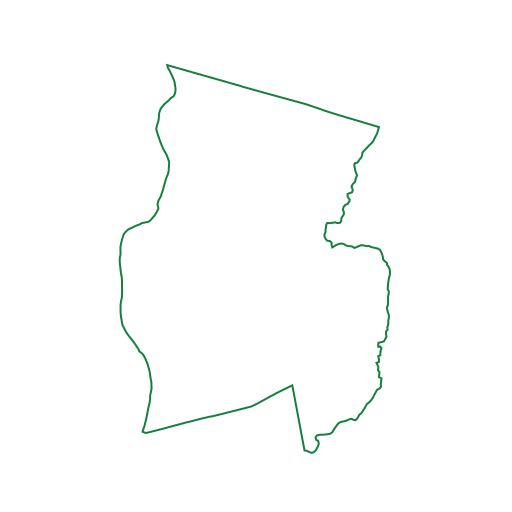 Serra do Ramalho, Bahia, Brazil, rotated 170°
{"feature_id": "56859067B22034188427708", "entity_name": "Serra do Ramalho", "entity_type": "district", "adm_level": 2, "iso_a3": "BRA", "parent_name": "Brazil", "parent_adm1": "Bahia", "projection": "robinson", "projection_center": [-43.699, -13.494], "detail": "fine", "context": "isolated", "style": "outline", "palette": "green", "viewbox_px": 512, "rotation_deg": 170, "n_neighbors": 0, "source": "geoboundaries", "source_scale": "gbopen_adm2", "svg_char_len": 4296}
<svg xmlns="http://www.w3.org/2000/svg" viewBox="0 0 512 512"><g transform="rotate(170 256 256)"><path d="M242.0,56.1L240.1,55.5L237.8,53.9L235.8,52.6L233.6,52.6L231.1,53.9L229.3,56.2L227.7,58.3L226.7,60.5L226.9,63.2L228.7,64.5L228.8,67.1L227.0,68.7L224.4,68.9L222.1,68.6L220.3,68.3L217.4,68.1L215.0,68.0L213.3,68.2L211.6,69.1L209.7,71.3L208.0,73.1L206.7,74.3L204.7,76.3L202.4,77.6L200.3,77.9L198.6,77.9L196.1,78.1L192.6,78.9L190.5,79.2L188.6,77.8L186.7,77.0L184.6,78.3L183.3,79.8L181.9,81.6L179.7,82.8L177.7,84.8L175.7,87.0L174.3,88.7L172.7,90.8L170.8,91.8L169.2,92.7L167.0,94.6L164.9,96.9L163.3,99.1L162.0,100.7L160.1,103.1L157.0,104.2L155.6,105.6L155.4,108.0L154.6,110.5L153.7,113.6L156.0,115.5L155.0,118.4L154.6,120.3L155.7,122.6L154.8,125.0L155.2,127.4L155.9,129.9L153.4,130.2L152.8,133.0L153.1,136.0L150.8,136.7L150.5,138.5L149.6,141.4L148.4,143.5L149.4,145.3L151.3,145.3L151.1,147.3L150.5,149.3L147.5,149.4L144.9,149.7L143.2,151.8L141.5,153.7L141.6,156.5L140.9,159.2L139.3,160.4L139.1,162.9L137.8,165.2L137.3,167.3L136.9,169.4L135.9,172.1L135.4,174.9L135.9,177.9L136.1,180.5L136.1,182.5L134.8,184.3L134.2,186.1L133.9,188.3L133.4,190.2L133.2,192.7L132.0,195.5L131.3,198.0L132.1,200.4L131.5,202.7L130.7,205.8L129.6,209.3L128.7,211.6L127.3,214.5L126.8,217.5L126.7,219.7L127.2,222.3L128.4,224.4L128.3,226.4L130.2,228.6L131.4,230.6L131.2,233.1L131.5,235.7L132.1,238.2L132.8,240.6L135.0,242.3L138.6,243.8L141.2,244.9L142.7,246.2L145.0,246.4L147.8,247.5L150.2,248.4L153.1,247.9L155.7,247.2L157.8,246.9L159.4,248.5L161.2,249.2L163.2,249.7L165.3,250.6L167.0,252.2L168.8,253.2L171.7,253.6L174.6,253.0L176.9,252.2L179.4,251.2L179.7,253.5L179.3,256.1L180.6,257.8L183.3,258.8L184.6,261.0L185.2,263.6L184.7,265.4L183.3,267.6L183.0,269.8L182.2,271.9L181.3,274.8L180.1,276.1L176.9,275.4L174.3,275.4L172.1,275.4L170.3,274.3L167.7,274.1L165.9,275.8L165.3,278.6L163.6,280.3L162.1,282.1L161.9,284.1L162.4,286.7L161.1,289.3L158.9,291.0L156.8,291.3L154.8,293.2L153.9,295.1L154.8,297.0L155.5,299.0L155.0,301.2L152.7,301.7L150.3,302.1L149.4,303.6L149.4,305.6L149.9,307.6L148.5,309.8L145.6,311.7L144.2,315.1L142.5,317.8L143.3,322.1L143.4,324.4L143.5,328.1L142.7,330.1L140.2,330.3L138.6,331.6L136.9,333.4L135.4,334.4L134.1,336.7L133.1,339.5L131.3,340.9L129.6,342.1L127.3,343.8L125.1,345.5L122.5,347.1L120.4,349.1L117.5,353.0L115.4,355.8L112.5,361.6L149.3,380.0L159.4,385.2L179.8,396.5L222.2,416.6L239.7,425.0L242.1,426.3L310.3,459.4L310.1,456.8L308.9,453.4L307.7,449.5L306.7,445.3L306.0,441.8L306.2,434.7L306.7,432.3L308.1,429.2L309.7,427.4L312.3,426.4L315.6,423.9L319.5,421.8L324.2,417.8L326.3,414.1L327.1,411.7L327.9,408.2L328.9,405.4L330.1,403.1L331.3,400.8L332.2,398.2L331.9,394.6L330.3,384.5L329.5,380.7L328.6,377.0L327.3,373.5L326.4,370.8L325.9,368.0L325.5,365.7L325.2,363.3L325.8,361.0L326.5,358.1L327.3,354.7L328.7,351.6L330.4,349.1L332.3,345.5L336.2,337.3L339.4,331.3L342.4,327.5L344.1,323.9L343.8,321.9L344.0,319.6L346.1,316.5L349.2,313.1L351.4,311.5L352.7,310.3L354.8,308.8L356.8,308.3L360.3,308.3L362.8,308.2L364.5,307.5L367.1,307.0L369.5,306.5L371.6,305.8L374.1,305.2L376.2,304.7L378.6,303.5L381.0,301.8L382.4,300.4L383.7,298.2L384.9,295.8L386.2,292.9L387.1,290.6L388.0,288.2L388.6,284.4L389.2,280.9L390.2,278.6L390.9,275.8L391.3,273.3L391.5,269.6L391.9,263.9L392.0,261.8L391.9,258.6L392.2,255.4L392.5,253.4L393.3,248.7L394.1,243.7L394.8,240.6L395.3,238.4L396.8,234.8L397.9,231.2L399.1,224.4L399.5,219.7L399.5,215.6L399.5,213.2L399.3,210.5L398.5,208.1L397.3,204.1L395.3,199.6L392.9,195.4L390.4,190.4L388.2,185.3L387.5,182.4L385.7,180.5L384.3,178.5L383.0,174.9L382.4,172.3L381.6,169.0L381.4,166.6L381.1,164.2L380.8,159.8L381.0,156.0L381.0,149.7L381.9,143.6L383.2,139.9L384.1,138.1L384.7,136.0L385.1,133.6L386.2,130.1L388.8,124.1L391.8,116.1L393.9,111.3L395.4,107.9L397.3,104.6L398.2,102.6L396.2,101.3L394.4,100.8L386.2,101.4L375.6,102.2L367.4,103.0L365.3,103.2L363.3,103.3L359.0,103.7L353.9,104.2L352.1,104.2L349.7,104.4L346.0,104.7L343.1,104.9L340.7,105.1L338.8,105.3L336.6,105.4L332.7,105.6L330.4,105.8L327.6,105.7L322.4,106.0L318.1,106.3L315.8,106.4L314.0,106.6L311.1,106.8L303.7,107.3L296.5,107.9L294.4,108.0L286.8,108.6L284.3,109.3L280.8,110.3L276.9,111.6L273.6,112.7L266.1,115.3L261.3,116.8L259.2,117.5L255.6,118.6L242.7,122.3L242.0,56.1Z" fill="none" stroke="#15803d" stroke-width="2"/></g></svg>